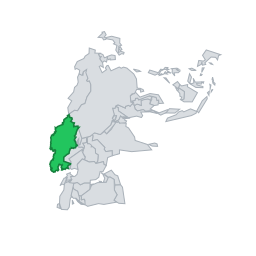 Asia, with Kazakhstan highlighted, rotated 286°
{"feature_id": "KAZ", "entity_name": "Kazakhstan", "entity_type": "country or territory", "adm_level": 0, "iso_a3": "KAZ", "parent_name": "Asia", "parent_adm1": "", "projection": "equal_earth", "projection_center": [65.802, 47.999], "detail": "fine", "context": "in_parent", "style": "filled", "palette": "green", "viewbox_px": 256, "rotation_deg": 286, "n_neighbors": 45, "source": "natural_earth", "source_scale": "50m", "svg_char_len": 16556}
<svg xmlns="http://www.w3.org/2000/svg" viewBox="0 0 256 256"><g transform="rotate(286 128 128)"><path d="M77.9,82.7L78.2,75.4L82.2,74.3L87.3,78.3L91.7,77.9L93.5,79.3L94.5,83.0L96.9,84.0L100.9,80.8L100.2,82.3L104.3,83.6L102.3,85.1L100.5,84.9L100.6,83.4L98.5,83.9L97.3,86.3L96.0,86.2L97.1,89.1L96.3,91.2L82.1,79.8L79.7,82.7L77.9,82.7Z" fill="#d9dde1" stroke="#a8b0b8" stroke-width="1"/><path d="M224.6,181.7L224.0,197.0L222.6,195.1L218.1,195.3L220.1,192.8L219.1,188.3L211.8,183.9L210.5,185.2L208.9,182.2L211.9,180.8L209.3,180.8L206.4,177.8L212.4,177.4L213.1,182.1L214.9,183.5L218.4,179.6L224.6,181.7ZM196.0,196.5L194.9,199.4L193.2,199.6L194.3,197.4L196.0,196.5ZM212.4,191.8L212.3,190.0L213.1,188.4L213.4,190.2L212.4,191.8ZM184.1,165.8L183.2,167.9L186.2,173.4L184.1,173.7L181.1,185.0L170.8,182.5L168.6,174.6L169.8,170.8L171.3,173.7L177.1,172.7L178.5,172.2L180.6,165.4L184.1,165.8ZM201.7,183.5L206.2,182.8L206.8,184.6L201.7,183.5ZM199.9,184.5L198.7,184.0L198.3,183.0L200.1,182.9L199.9,184.5ZM201.8,170.4L203.1,172.9L202.1,177.7L200.9,173.2L201.8,170.4ZM189.5,172.5L197.1,172.2L194.4,175.0L188.3,175.0L188.0,176.8L189.6,178.9L193.8,177.0L190.6,180.0L193.3,188.1L191.7,188.0L192.6,186.1L190.4,186.3L189.6,181.7L188.4,182.5L188.5,188.6L187.4,188.9L185.7,182.1L187.6,175.2L189.5,172.5ZM188.6,199.0L185.5,198.0L187.2,197.6L188.6,199.0ZM187.3,196.3L190.9,195.5L192.5,194.6L192.2,195.9L187.3,196.3ZM183.8,194.6L185.9,196.0L181.7,196.8L183.8,194.6ZM163.3,189.4L174.7,191.9L180.0,195.2L177.9,196.1L162.1,191.7L163.3,189.4ZM158.9,177.2L163.6,182.8L162.9,189.3L161.0,189.4L157.4,185.5L144.6,162.6L148.4,163.2L154.0,170.6L157.3,172.2L159.6,175.3L158.9,177.2Z" fill="#d9dde1" stroke="#a8b0b8" stroke-width="1"/><path d="M196.2,197.6L197.8,195.4L200.2,195.3L196.2,197.6Z" fill="#d9dde1" stroke="#a8b0b8" stroke-width="1"/><path d="M44.7,99.4L43.0,102.5L42.4,107.6L41.7,103.9L43.5,99.8L44.7,99.4Z" fill="#d9dde1" stroke="#a8b0b8" stroke-width="1"/><path d="M46.2,97.4L43.6,99.8L46.1,96.6L46.2,97.4Z" fill="#d9dde1" stroke="#a8b0b8" stroke-width="1"/><path d="M44.1,101.3L42.8,103.6L43.5,101.0L44.1,101.3Z" fill="#d9dde1" stroke="#a8b0b8" stroke-width="1"/><path d="M44.1,101.3L49.5,99.2L49.9,101.8L46.2,103.2L47.6,105.4L44.2,108.3L42.4,107.6L44.1,101.3Z" fill="#d9dde1" stroke="#a8b0b8" stroke-width="1"/><path d="M69.2,119.3L73.3,119.5L77.2,116.0L74.8,123.2L69.8,122.1L69.2,119.3Z" fill="#d9dde1" stroke="#a8b0b8" stroke-width="1"/><path d="M68.0,118.1L67.9,116.5L68.9,115.1L69.3,117.1L68.0,118.1Z" fill="#d9dde1" stroke="#a8b0b8" stroke-width="1"/><path d="M62.8,106.4L64.4,109.7L61.4,108.5L62.8,106.4Z" fill="#d9dde1" stroke="#a8b0b8" stroke-width="1"/><path d="M49.9,101.8L49.5,99.2L53.3,97.0L54.2,92.9L56.8,90.7L59.9,91.2L61.7,94.3L60.3,97.9L63.2,101.2L64.8,106.7L58.4,108.3L49.9,101.8Z" fill="#d9dde1" stroke="#a8b0b8" stroke-width="1"/><path d="M75.2,122.7L77.3,117.7L82.9,123.6L79.5,128.3L79.2,131.3L71.3,136.6L69.5,131.2L74.7,128.9L75.9,124.3L75.2,122.7ZM77.6,114.6L76.9,115.2L77.4,114.5L77.6,114.6Z" fill="#d9dde1" stroke="#a8b0b8" stroke-width="1"/><path d="M156.8,146.9L157.2,142.2L162.5,143.0L163.2,141.4L165.3,143.8L165.2,146.6L162.4,148.4L163.3,149.8L158.5,150.5L156.8,146.9Z" fill="#d9dde1" stroke="#a8b0b8" stroke-width="1"/><path d="M161.0,142.1L157.2,142.2L156.8,146.9L152.3,144.1L151.2,153.8L156.5,160.9L154.8,162.1L149.4,155.9L151.6,147.6L148.8,140.1L149.9,137.7L147.0,132.4L148.3,129.5L151.3,127.9L153.5,130.1L153.4,134.6L156.9,132.7L159.7,134.8L161.5,139.1L161.0,142.1Z" fill="#d9dde1" stroke="#a8b0b8" stroke-width="1"/><path d="M164.8,142.2L161.0,142.1L161.5,139.1L158.2,132.9L153.4,134.6L153.5,130.1L151.3,127.9L154.0,126.2L153.6,123.6L156.5,127.1L158.6,127.1L159.4,129.1L158.0,130.6L164.4,138.3L164.8,142.2Z" fill="#d9dde1" stroke="#a8b0b8" stroke-width="1"/><path d="M151.3,127.9L148.3,129.5L147.0,132.4L149.9,137.7L148.8,140.1L151.6,147.6L150.0,152.2L149.6,144.7L146.8,135.9L143.9,138.7L141.8,138.0L141.8,133.0L137.9,125.5L141.8,114.1L145.0,112.9L145.1,110.3L147.5,112.0L146.4,120.0L148.2,119.7L149.9,122.2L149.5,124.1L152.8,124.7L151.3,127.9Z" fill="#d9dde1" stroke="#a8b0b8" stroke-width="1"/><path d="M160.0,150.9L163.3,149.8L162.4,148.4L165.2,146.6L164.9,139.9L158.0,130.6L159.4,129.1L158.6,127.1L156.5,127.1L154.4,123.3L159.5,121.3L164.5,125.3L161.0,131.0L167.2,139.7L168.3,148.1L161.6,155.3L160.0,150.9Z" fill="#d9dde1" stroke="#a8b0b8" stroke-width="1"/><path d="M192.1,80.5L191.7,83.6L189.0,85.9L190.9,88.7L185.5,89.2L185.9,86.6L183.8,85.5L184.7,84.2L186.7,81.7L189.0,82.4L188.4,81.3L190.7,79.3L192.1,80.5Z" fill="#d9dde1" stroke="#a8b0b8" stroke-width="1"/><path d="M188.0,90.0L190.9,88.2L193.7,92.0L194.1,95.6L190.3,97.0L188.5,92.1L189.6,91.8L188.0,90.0Z" fill="#d9dde1" stroke="#a8b0b8" stroke-width="1"/><path d="M124.9,67.2L131.0,64.5L138.6,66.4L140.0,62.2L147.7,65.8L152.3,65.4L155.0,67.2L158.3,67.5L163.0,65.5L166.6,66.1L166.5,70.2L169.7,69.5L172.8,71.4L164.7,75.8L162.1,75.2L161.7,76.4L162.7,77.8L161.0,79.6L153.2,82.1L146.5,80.0L139.6,79.9L137.6,76.9L130.7,74.8L130.3,71.8L124.9,67.2Z" fill="#d9dde1" stroke="#a8b0b8" stroke-width="1"/><path d="M145.1,110.3L145.0,112.9L141.8,114.1L138.4,124.2L137.3,120.7L136.7,122.1L135.7,120.9L137.5,117.6L133.3,117.0L130.9,114.3L130.4,115.9L131.7,117.0L130.4,118.7L131.4,119.3L132.1,125.0L128.9,125.5L128.2,128.5L121.2,136.8L118.0,138.3L117.5,151.2L113.5,156.8L106.3,138.1L104.6,125.8L101.0,126.9L97.0,120.5L101.8,119.0L99.2,113.2L101.0,110.9L102.9,111.1L108.4,101.6L105.8,97.2L110.8,96.5L112.2,94.7L114.1,97.2L114.1,103.2L118.1,106.1L116.6,109.1L122.0,112.3L130.1,114.4L130.9,110.7L131.3,112.9L132.8,113.7L136.6,113.5L135.9,111.4L142.8,107.7L143.3,110.0L145.1,110.3Z" fill="#d9dde1" stroke="#a8b0b8" stroke-width="1"/><path d="M137.3,120.7L138.1,127.3L136.2,122.6L134.7,122.5L134.4,124.7L132.3,124.2L130.4,118.7L131.7,117.0L130.4,115.9L130.9,114.3L133.3,117.0L137.5,117.6L135.7,120.9L136.7,122.1L137.3,120.7Z" fill="#d9dde1" stroke="#a8b0b8" stroke-width="1"/><path d="M135.9,111.4L136.6,113.5L131.3,112.9L133.0,110.2L135.9,111.4Z" fill="#d9dde1" stroke="#a8b0b8" stroke-width="1"/><path d="M129.9,111.2L130.1,114.4L128.7,114.4L116.6,109.1L118.8,105.6L126.1,110.5L129.9,111.2Z" fill="#d9dde1" stroke="#a8b0b8" stroke-width="1"/><path d="M112.2,94.7L110.8,96.5L105.8,97.2L108.4,101.6L102.9,111.1L101.0,110.9L99.2,113.2L101.8,119.0L97.0,120.5L94.0,116.6L85.9,117.4L86.5,114.8L88.9,113.7L85.0,106.9L87.7,108.0L93.9,106.8L94.9,103.7L98.8,102.4L102.6,92.6L107.8,91.3L109.6,93.9L112.2,94.7Z" fill="#d9dde1" stroke="#a8b0b8" stroke-width="1"/><path d="M91.4,91.3L98.4,91.2L100.9,88.5L102.6,92.1L104.8,90.5L107.8,91.3L101.7,93.5L102.3,95.4L101.2,97.9L99.7,97.8L100.3,99.2L98.8,102.4L94.9,103.7L93.9,106.8L87.7,108.0L85.0,106.9L86.5,104.9L84.6,100.1L85.7,94.4L88.6,94.9L91.4,91.3Z" fill="#d9dde1" stroke="#a8b0b8" stroke-width="1"/><path d="M96.3,91.2L97.1,89.1L96.0,86.2L100.6,83.4L101.1,84.9L98.8,86.3L105.3,86.5L107.5,90.7L102.6,92.1L100.9,88.5L98.4,91.2L96.3,91.2Z" fill="#d9dde1" stroke="#a8b0b8" stroke-width="1"/><path d="M100.9,80.8L104.8,80.3L105.8,78.7L115.2,80.6L105.3,86.5L98.8,86.3L98.9,85.1L104.3,83.6L100.2,82.3L100.9,80.8Z" fill="#d9dde1" stroke="#a8b0b8" stroke-width="1"/><path d="M72.7,81.7L75.1,80.7L77.1,82.8L79.7,82.7L82.1,79.8L94.2,89.5L94.2,90.8L93.0,90.2L87.4,95.2L85.7,94.4L85.6,92.6L79.8,89.4L74.3,91.1L74.4,87.5L72.7,85.3L73.2,83.6L76.0,83.4L74.6,81.1L73.1,83.1L72.7,81.7Z" fill="#d9dde1" stroke="#a8b0b8" stroke-width="1"/><path d="M64.8,106.7L63.2,101.2L60.3,97.9L61.7,94.3L59.2,89.5L59.3,86.5L62.3,87.9L65.5,86.2L66.9,90.3L69.4,91.8L74.1,91.6L78.6,89.2L85.6,92.6L84.6,100.1L86.5,104.9L85.0,106.9L88.9,113.7L86.5,114.8L85.9,117.4L79.0,115.9L78.4,113.2L72.6,113.5L69.5,111.2L67.4,106.2L64.8,106.7Z" fill="#d9dde1" stroke="#a8b0b8" stroke-width="1"/><path d="M44.4,100.6L46.2,97.4L45.4,94.9L47.1,91.9L56.1,91.1L54.2,92.9L53.3,97.0L46.1,101.5L44.4,100.6Z" fill="#d9dde1" stroke="#a8b0b8" stroke-width="1"/><path d="M62.9,87.9L58.8,84.8L58.8,83.1L61.8,83.7L62.9,87.9Z" fill="#d9dde1" stroke="#a8b0b8" stroke-width="1"/><path d="M59.9,91.2L47.1,91.9L45.9,94.0L46.1,92.3L43.9,92.0L35.7,93.3L32.7,92.3L31.4,86.5L36.8,82.9L43.6,81.3L50.7,83.4L57.4,82.2L60.4,85.9L59.3,86.5L59.9,91.2ZM32.2,81.7L35.2,81.3L36.4,82.7L31.9,85.0L32.2,81.7Z" fill="#d9dde1" stroke="#a8b0b8" stroke-width="1"/><path d="M120.9,157.8L120.7,160.3L118.5,161.5L117.3,156.2L118.0,152.4L120.9,157.8Z" fill="#d9dde1" stroke="#a8b0b8" stroke-width="1"/><path d="M167.7,133.0L166.0,130.3L169.5,128.7L169.1,131.9L167.7,133.0ZM105.3,86.5L116.0,79.0L114.3,75.5L118.0,74.3L118.7,70.9L121.7,71.5L122.2,68.8L124.9,67.2L130.3,71.8L130.7,74.8L137.6,76.9L139.6,79.9L146.5,80.0L153.2,82.1L159.4,80.3L162.7,77.8L161.7,76.4L162.1,75.2L164.7,75.8L169.6,72.2L172.9,72.1L169.7,69.5L165.9,69.4L166.6,66.1L170.2,65.7L171.1,62.4L169.8,61.0L172.2,59.8L177.9,60.9L182.6,66.4L185.3,67.0L188.9,70.0L194.2,68.7L193.9,75.1L190.9,75.5L192.1,80.5L190.7,79.3L188.4,81.3L189.0,82.4L186.7,81.7L183.8,85.5L179.4,87.6L180.3,84.5L179.2,83.4L174.0,87.9L178.1,91.2L179.5,89.7L182.2,90.6L182.7,91.7L178.3,95.9L184.2,102.8L183.6,105.0L185.3,106.9L185.3,110.4L181.6,118.6L177.5,122.6L169.2,125.7L168.9,128.1L167.9,128.2L167.6,125.7L162.8,124.8L162.0,122.5L159.5,121.3L153.6,123.6L154.0,126.2L149.5,124.1L149.9,122.2L148.2,119.7L146.4,120.0L147.5,112.0L146.0,110.2L143.3,110.0L142.8,107.7L137.2,111.1L133.0,110.2L131.2,112.4L130.9,110.7L126.1,110.5L114.1,103.2L114.1,97.2L109.6,93.9L105.3,86.5Z" fill="#d9dde1" stroke="#a8b0b8" stroke-width="1"/><path d="M186.1,116.9L186.4,122.5L185.9,124.4L184.3,120.8L186.1,116.9Z" fill="#d9dde1" stroke="#a8b0b8" stroke-width="1"/><path d="M63.3,81.6L65.4,83.0L66.7,81.7L69.2,84.8L67.9,85.0L66.5,88.8L65.5,86.2L62.9,87.9L61.7,85.6L61.0,82.8L63.3,83.2L63.3,81.6ZM62.3,87.9L61.3,87.7L60.4,85.9L61.8,86.4L62.3,87.9Z" fill="#d9dde1" stroke="#a8b0b8" stroke-width="1"/><path d="M53.8,78.5L62.0,80.3L63.5,83.0L55.8,82.2L55.9,80.0L53.8,78.5Z" fill="#d9dde1" stroke="#a8b0b8" stroke-width="1"/><path d="M189.1,146.9L187.3,143.9L189.4,144.9L189.1,146.9ZM192.6,154.3L192.2,150.0L193.0,151.4L194.1,149.1L192.6,154.3ZM196.7,152.6L199.0,158.6L198.5,160.8L197.7,158.4L197.0,159.6L197.2,162.4L195.0,161.0L193.8,157.1L190.9,158.6L193.5,155.1L196.9,154.4L196.7,152.6ZM186.6,150.7L182.5,155.8L186.2,148.8L186.6,150.7ZM189.7,132.9L189.5,141.9L193.5,143.2L193.9,146.1L191.7,143.7L187.7,143.0L188.2,141.5L186.2,139.4L186.8,132.3L189.7,132.9ZM190.7,151.0L190.2,147.6L192.4,148.3L190.7,151.0ZM196.5,147.0L197.1,149.6L195.8,149.0L195.6,151.7L194.2,146.0L196.5,147.0Z" fill="#d9dde1" stroke="#a8b0b8" stroke-width="1"/><path d="M152.9,160.3L158.0,162.5L160.3,172.5L155.3,169.0L152.9,160.3ZM184.1,165.8L180.6,165.4L178.5,172.2L171.3,173.7L170.1,172.4L169.8,170.8L172.5,171.2L172.8,169.2L175.6,168.2L177.7,164.9L179.7,165.4L181.9,159.2L186.3,162.8L184.1,165.8Z" fill="#d9dde1" stroke="#a8b0b8" stroke-width="1"/><path d="M179.8,162.7L179.7,165.4L178.5,166.1L177.7,164.9L179.8,162.7Z" fill="#d9dde1" stroke="#a8b0b8" stroke-width="1"/><path d="M211.7,87.0L211.9,95.5L207.4,96.6L205.8,99.0L204.0,96.6L197.8,98.1L199.8,99.7L199.6,103.4L197.8,103.4L197.8,101.5L195.6,99.4L199.5,94.8L204.4,94.6L204.9,90.9L206.3,91.9L208.5,89.0L207.8,82.9L209.3,82.6L211.7,87.0ZM212.2,77.4L212.9,76.6L214.2,78.8L211.6,81.3L208.7,80.0L208.7,82.1L207.0,82.2L206.0,80.2L207.7,78.5L206.9,74.3L212.2,77.4ZM200.3,99.0L202.2,97.1L203.9,98.3L201.7,100.6L200.3,99.0Z" fill="#d9dde1" stroke="#a8b0b8" stroke-width="1"/><path d="M69.5,131.2L71.3,136.6L69.6,139.0L54.4,145.9L53.1,139.9L54.7,134.4L60.8,135.9L64.6,132.0L69.5,131.2Z" fill="#d9dde1" stroke="#a8b0b8" stroke-width="1"/><path d="M42.4,107.9L46.7,106.5L47.6,105.4L46.2,103.2L49.9,101.8L58.4,108.3L62.9,108.7L67.1,113.8L69.8,122.1L75.2,122.7L75.9,124.3L74.7,128.9L64.6,132.0L60.8,135.9L54.7,134.4L53.5,137.3L47.9,125.9L47.2,120.5L41.6,110.8L42.4,107.9Z" fill="#d9dde1" stroke="#a8b0b8" stroke-width="1"/><path d="M43.4,94.3L40.5,96.7L39.5,95.5L43.4,94.3Z" fill="#d9dde1" stroke="#a8b0b8" stroke-width="1"/><path d="M100.9,80.8L100.6,81.0L100.4,81.2L100.1,81.2L99.6,81.7L99.0,82.0L98.6,82.2L98.5,82.3L98.2,82.5L98.0,82.8L97.6,83.2L97.4,83.6L97.3,83.8L97.4,84.0L97.1,84.1L96.7,83.9L96.5,83.7L96.6,83.3L96.3,82.9L96.1,83.0L96.0,82.9L94.6,83.0L94.3,82.3L94.1,81.3L93.4,81.3L93.4,80.7L93.5,79.3L93.1,79.6L92.6,78.7L92.3,78.5L91.7,77.9L91.0,78.2L89.1,78.1L87.3,78.3L86.1,77.0L85.9,76.7L82.2,74.3L78.3,75.4L77.9,82.7L77.3,82.8L77.1,82.7L76.8,82.4L76.3,81.4L75.2,80.6L74.5,80.7L73.6,81.0L73.3,81.2L72.6,81.8L72.6,81.1L72.9,80.5L73.0,80.2L72.9,79.8L72.8,79.7L72.4,79.7L71.9,79.6L71.6,79.1L71.0,79.0L71.1,78.4L70.7,77.8L70.5,77.0L70.3,76.8L69.7,76.7L69.6,76.4L69.7,76.2L69.9,76.1L70.6,76.1L71.0,76.4L71.3,76.3L71.6,76.3L71.4,76.2L70.9,75.8L70.9,75.5L70.9,75.4L71.2,75.2L71.3,74.9L71.5,74.7L72.0,74.6L73.0,74.6L73.8,74.8L74.2,74.7L73.7,74.4L73.8,73.9L74.0,73.5L74.2,73.1L74.2,72.7L74.2,72.4L74.3,72.2L74.2,71.8L74.0,71.6L73.4,71.6L73.1,71.7L72.8,71.9L72.7,71.7L72.3,71.7L72.1,71.5L71.5,71.3L71.1,71.5L70.5,71.8L70.3,71.8L69.5,72.3L68.6,72.5L68.4,72.7L68.4,72.8L67.6,72.4L67.4,72.2L67.5,72.0L68.0,72.1L67.6,70.9L67.1,70.2L66.1,70.0L65.8,70.1L65.7,70.0L65.6,69.7L65.7,69.4L65.6,69.2L65.1,68.9L65.0,68.6L65.2,68.1L65.5,67.8L65.6,67.7L65.8,67.5L65.8,67.4L65.5,67.1L65.5,66.8L65.7,66.5L65.9,66.2L66.3,65.9L66.4,65.5L66.4,65.4L66.7,65.2L66.9,65.2L67.0,65.2L67.8,66.2L68.4,66.1L68.6,65.9L68.4,64.8L68.6,64.8L69.4,64.4L69.6,64.0L69.7,63.9L70.2,63.9L70.9,63.5L71.7,62.8L72.2,62.9L72.3,63.0L72.8,63.2L73.4,62.9L73.7,62.8L73.9,62.9L74.1,63.2L75.3,63.2L75.5,63.4L75.7,63.6L76.1,63.8L76.4,64.0L76.7,64.5L76.8,64.9L77.0,64.8L77.0,64.7L77.0,64.3L76.9,64.2L77.1,64.1L77.4,64.2L78.1,64.7L78.5,64.9L79.1,64.6L79.2,64.4L79.7,64.1L79.9,64.1L80.5,64.0L81.1,64.3L81.4,64.2L81.7,63.9L82.4,64.0L82.7,64.1L83.1,64.7L83.9,64.8L84.0,64.9L84.0,65.0L84.4,64.9L84.7,64.5L84.8,64.4L85.1,64.6L85.3,64.7L85.6,64.7L86.1,64.6L86.5,64.5L86.7,64.3L87.0,63.7L86.7,63.3L86.2,63.2L85.5,62.9L85.4,62.7L84.9,62.5L84.9,62.4L85.4,62.1L85.8,62.0L86.2,61.7L86.0,61.1L86.4,60.6L86.9,60.5L87.7,60.6L87.8,60.5L87.8,60.4L87.7,60.3L87.2,60.1L86.6,60.0L86.5,59.9L86.6,59.7L86.9,59.7L87.1,59.6L86.7,59.5L86.3,59.4L86.5,59.2L86.6,58.8L86.7,58.7L86.8,58.7L87.6,58.9L87.8,58.8L88.4,58.7L88.6,58.6L89.3,58.6L90.3,58.4L90.8,58.2L91.2,58.1L91.5,58.2L91.8,58.1L92.1,58.2L92.3,57.9L92.6,57.7L92.9,57.7L93.2,57.6L93.3,57.6L93.6,57.6L95.7,57.3L95.9,57.1L96.3,57.1L96.4,56.9L96.8,56.7L97.1,56.5L97.4,56.4L98.1,56.4L99.1,56.8L99.4,56.7L99.5,56.6L99.9,56.5L100.1,56.8L100.5,57.7L100.5,58.1L100.4,58.3L100.8,58.5L101.5,58.4L101.8,58.4L101.8,58.2L102.2,58.6L102.3,58.8L102.5,58.8L102.5,58.6L103.0,58.6L103.3,58.8L103.6,58.8L104.0,58.6L104.1,58.9L103.7,59.1L103.6,59.3L103.5,59.5L104.0,59.5L104.3,59.4L104.8,59.5L105.0,59.7L105.2,59.4L105.7,59.1L106.0,59.1L106.2,58.9L106.4,58.8L106.4,58.6L106.5,58.6L106.8,58.6L107.6,58.2L107.9,58.2L108.4,58.0L108.2,58.5L107.9,58.5L108.0,58.7L108.1,58.9L109.8,59.8L110.0,60.0L111.0,61.2L112.6,63.2L113.4,64.5L113.5,64.5L113.5,64.4L114.0,64.2L114.0,63.8L114.4,63.6L114.6,63.6L114.7,63.8L115.0,63.7L115.0,63.8L114.9,64.2L115.4,64.2L115.5,64.4L115.5,64.5L116.2,64.5L116.5,64.6L117.0,64.6L117.4,64.3L117.7,64.3L117.9,64.1L118.2,64.1L118.7,64.3L119.1,64.5L119.5,65.0L119.6,65.4L119.8,65.5L120.2,65.6L120.5,65.8L120.8,65.8L120.8,66.0L121.2,66.6L122.2,66.8L122.3,66.8L122.6,66.8L123.2,66.3L123.3,66.3L123.4,66.5L123.2,66.6L123.4,66.7L123.5,66.9L123.8,67.2L124.2,67.4L124.4,67.6L124.0,67.6L123.6,67.7L123.5,67.9L123.6,68.0L123.6,68.3L123.4,68.7L123.0,68.8L122.2,68.9L122.1,69.3L122.0,69.8L122.2,70.6L122.4,70.9L122.4,71.1L122.1,71.4L121.8,71.5L121.5,71.7L121.2,71.9L121.0,71.6L120.5,71.5L120.0,71.6L119.5,71.5L118.6,71.1L118.5,71.6L118.0,73.1L117.7,74.2L117.8,74.4L118.2,74.6L118.2,74.8L118.1,75.1L117.7,75.0L117.3,75.1L117.0,74.9L116.9,74.8L116.8,74.7L115.6,75.1L115.3,75.1L114.4,75.4L114.2,75.6L114.4,75.8L114.8,75.8L115.1,75.9L115.0,76.1L115.0,76.3L115.0,77.2L115.3,77.6L115.6,78.2L115.7,78.5L115.7,78.8L115.8,79.0L115.6,79.1L115.2,79.2L115.2,79.4L115.5,79.5L115.1,79.7L115.0,79.8L115.0,80.1L115.2,80.8L114.6,80.5L113.9,80.3L113.5,80.0L113.4,79.8L113.0,79.8L112.4,79.6L111.7,79.6L111.3,79.5L110.5,79.5L110.1,79.4L109.4,79.5L108.3,79.4L108.3,79.5L108.0,79.7L107.6,79.6L106.8,79.4L105.8,78.8L105.7,78.9L105.4,78.9L105.3,79.1L104.9,79.3L104.7,80.1L104.8,80.5L104.7,80.5L104.5,80.3L103.8,80.2L103.7,80.0L102.9,79.8L102.1,79.7L101.4,79.8L101.0,80.2L101.0,80.4L100.8,80.6L100.9,80.8ZM69.6,75.7L69.3,75.5L69.4,75.3L69.5,75.2L69.4,75.4L69.4,75.5L69.5,75.6L69.6,75.7ZM73.4,74.6L73.2,74.5L73.3,74.4L73.4,74.6Z" fill="#22c55e" stroke="#15803d" stroke-width="1.5"/></g></svg>